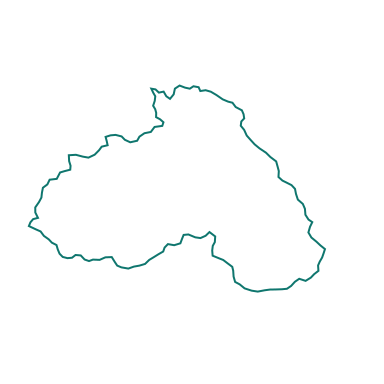 Laranjal, Minas Gerais, Brazil, rotated 108°
{"feature_id": "56859067B14961603422166", "entity_name": "Laranjal", "entity_type": "district", "adm_level": 2, "iso_a3": "BRA", "parent_name": "Brazil", "parent_adm1": "Minas Gerais", "projection": "robinson", "projection_center": [-42.451, -21.352], "detail": "fine", "context": "isolated", "style": "outline", "palette": "teal", "viewbox_px": 384, "rotation_deg": 108, "n_neighbors": 0, "source": "geoboundaries", "source_scale": "gbopen_adm2", "svg_char_len": 2231}
<svg xmlns="http://www.w3.org/2000/svg" viewBox="0 0 384 384"><g transform="rotate(108 192 192)"><path d="M106.3,262.6L109.6,259.5L112.3,256.5L116.8,255.6L122.0,255.6L124.6,252.6L127.8,250.5L131.9,249.3L132.7,244.9L134.5,240.7L138.3,240.7L141.7,247.7L147.6,249.7L150.8,255.4L155.6,259.1L160.2,260.0L163.8,266.1L163.1,272.0L160.9,276.1L161.3,282.3L163.3,287.0L166.3,291.2L170.0,288.8L173.6,286.7L176.8,291.9L181.0,293.3L186.6,296.1L191.3,301.1L192.1,306.8L192.5,313.9L195.1,320.5L200.6,318.4L204.6,315.6L208.4,314.7L211.5,319.6L214.2,323.5L221.3,324.7L224.3,331.2L229.5,331.9L234.0,335.1L239.0,334.5L243.8,333.5L248.8,334.4L255.1,336.3L259.9,334.7L264.2,330.5L266.9,334.7L270.8,336.3L274.8,336.6L275.8,328.7L276.3,323.8L279.5,319.3L281.3,313.6L283.5,309.6L284.3,304.5L288.1,301.9L291.6,298.9L293.7,294.9L293.4,290.0L291.6,285.8L287.9,283.3L286.7,278.2L289.4,273.3L289.5,268.6L286.9,265.3L285.1,258.9L280.9,254.2L278.7,248.2L282.5,243.7L285.1,240.4L285.5,235.9L284.5,228.9L280.9,224.2L278.3,219.3L274.9,214.4L269.8,211.7L266.0,208.4L261.6,204.7L257.5,201.0L253.3,200.9L249.0,198.8L248.1,192.5L244.4,187.2L239.6,187.0L235.4,186.7L233.5,182.3L234.1,174.9L233.2,169.7L229.4,165.5L224.7,163.0L227.1,156.2L232.6,154.8L236.8,155.6L241.4,154.7L246.2,152.7L246.7,146.0L247.0,141.3L248.8,136.2L250.7,130.6L254.1,128.5L259.6,126.3L264.2,123.2L265.1,118.1L267.4,112.2L267.4,104.8L266.4,98.7L263.0,92.5L260.7,87.7L258.9,82.5L256.7,76.4L254.7,71.8L250.7,68.7L245.6,66.4L241.4,63.2L241.4,56.5L236.7,52.5L232.3,50.4L227.9,47.4L222.9,49.4L218.8,49.0L214.1,48.0L209.8,47.9L205.2,47.9L203.1,53.4L200.8,58.3L198.4,64.4L194.5,68.8L188.6,69.0L183.5,68.3L182.2,72.7L178.6,77.1L173.1,79.4L169.1,82.9L166.5,89.0L161.7,92.5L157.2,95.0L154.7,99.5L153.8,105.3L153.2,109.5L151.0,114.4L145.3,115.9L141.6,118.3L136.9,121.4L134.5,128.3L131.8,133.7L129.6,141.4L127.3,147.2L124.4,152.3L121.4,157.4L116.8,161.6L113.9,166.1L109.7,166.9L105.9,165.1L102.1,167.0L98.9,169.8L97.7,176.7L94.6,181.1L94.9,185.6L94.4,191.4L92.2,198.8L90.8,205.1L91.0,210.5L93.4,215.3L90.3,218.1L91.0,223.3L94.4,226.0L94.9,230.9L94.6,236.7L99.0,240.2L104.8,239.6L110.2,241.7L108.9,246.0L105.3,250.0L107.7,254.2L105.7,258.4L106.3,262.6Z" fill="none" stroke="#0f766e" stroke-width="2"/></g></svg>